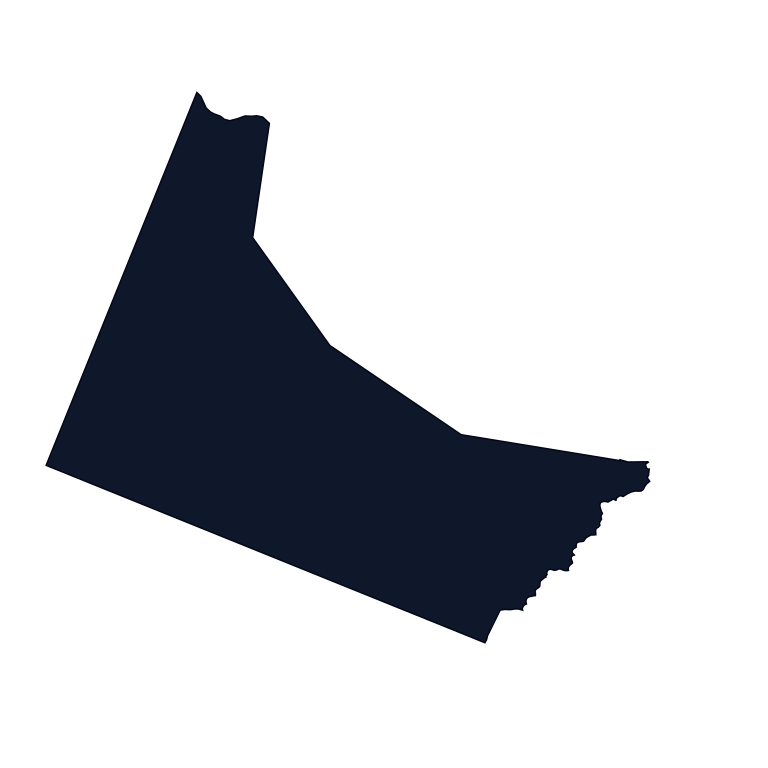 outline of Nsork, Wele-Nzás, Equatorial Guinea, rotated 112°
{"feature_id": "11065452B58050641555743", "entity_name": "Nsork", "entity_type": "district", "adm_level": 2, "iso_a3": "GNQ", "parent_name": "Equatorial Guinea", "parent_adm1": "Wele-Nzás", "projection": "albers", "projection_center": [11.202, 1.263], "detail": "fine", "context": "isolated", "style": "filled", "palette": "ink", "viewbox_px": 768, "rotation_deg": 112, "n_neighbors": 0, "source": "geoboundaries", "source_scale": "gbopen_adm2", "svg_char_len": 5631}
<svg xmlns="http://www.w3.org/2000/svg" viewBox="0 0 768 768"><g transform="rotate(112 384 384)"><path d="M185.3,587.9L181.9,596.5L183.0,602.5L185.4,607.2L187.5,613.2L193.2,619.6L197.7,625.7L198.4,631.0L197.0,635.9L197.2,642.5L196.8,646.8L194.7,652.3L185.9,661.6L183.8,666.7L586.0,666.8L586.1,193.5L585.9,193.5L582.9,193.1L578.5,193.7L550.1,191.6L547.7,187.4L546.6,184.1L545.5,181.6L543.6,178.4L542.9,176.7L542.2,174.9L541.8,170.8L541.7,170.9L541.7,171.0L541.4,171.2L541.0,171.4L540.9,171.4L540.8,171.5L540.2,171.7L539.9,171.7L539.7,171.7L538.7,171.7L538.3,171.7L537.5,171.5L537.4,171.5L537.3,171.4L536.3,171.1L535.6,170.6L534.6,169.5L534.0,170.0L533.7,170.2L533.4,170.4L532.0,171.1L531.5,171.2L531.1,171.3L529.8,171.3L529.5,171.2L529.1,171.2L528.3,170.9L528.0,170.6L527.7,170.4L527.0,169.8L526.9,169.7L526.2,168.9L526.2,168.7L525.8,168.0L525.4,167.5L525.4,167.4L525.0,166.9L524.5,166.1L524.4,166.0L524.3,165.9L523.8,164.9L523.5,164.4L523.4,164.4L522.4,164.7L521.8,165.0L521.3,165.4L521.2,165.4L521.2,165.5L520.2,166.0L519.8,166.1L519.5,166.2L519.0,166.3L518.8,166.3L518.6,166.3L518.1,166.2L517.8,166.1L517.5,166.1L517.0,165.9L516.8,165.8L516.7,165.7L516.4,165.5L516.0,165.2L515.8,165.1L515.7,165.0L515.5,164.9L515.0,164.5L514.4,164.2L513.6,163.9L513.2,163.9L512.4,164.0L510.9,164.6L510.7,164.6L510.4,164.7L510.0,164.9L509.7,164.9L509.4,165.0L508.8,165.1L508.4,165.0L508.0,165.0L507.3,164.7L507.1,164.6L506.3,164.2L505.5,163.7L504.9,163.5L504.8,163.4L504.2,163.2L503.9,163.0L503.7,162.8L503.2,162.3L503.0,162.1L502.8,161.9L502.6,161.6L502.2,161.7L502.1,161.8L501.9,161.8L501.4,161.9L501.2,161.9L500.8,161.8L500.4,161.8L500.2,161.7L499.9,161.5L499.7,161.4L499.2,161.8L498.8,162.1L498.3,162.3L498.2,162.3L497.7,162.5L497.3,162.5L497.0,162.6L496.2,162.5L496.0,162.4L495.8,162.4L495.3,162.3L494.5,161.8L494.1,161.4L493.9,161.0L493.6,160.7L493.4,159.9L493.3,159.7L493.1,158.8L493.1,158.6L493.1,158.4L493.1,157.3L493.0,156.8L492.9,156.2L492.7,155.8L492.3,155.2L491.8,154.4L491.5,154.0L490.7,153.4L490.4,153.1L490.2,152.9L489.8,152.2L489.7,151.9L489.5,151.6L489.4,151.1L489.4,150.9L489.4,147.8L489.2,146.4L488.8,145.1L488.4,144.2L488.2,143.8L488.1,143.7L487.7,143.1L486.6,143.9L486.3,143.9L486.1,144.1L485.6,144.2L484.7,144.3L484.3,144.2L483.9,144.2L483.5,144.1L483.1,144.0L482.6,143.8L482.2,143.7L481.9,143.5L481.3,143.2L480.9,143.0L480.6,142.8L480.3,142.7L479.9,142.4L479.6,142.2L479.0,142.4L478.8,142.5L478.5,142.6L477.8,143.2L477.3,143.8L477.2,143.9L476.7,144.4L476.5,144.5L476.4,144.6L475.8,145.0L474.9,145.4L474.3,145.4L473.9,145.3L473.5,145.3L473.1,145.2L472.8,145.0L472.5,144.8L472.1,144.5L471.9,144.2L471.7,144.0L471.4,143.5L471.3,143.4L470.8,144.3L470.7,144.8L470.5,145.2L470.3,145.5L470.2,145.7L470.2,145.8L469.9,146.2L469.2,146.7L469.1,146.8L468.8,146.9L467.8,147.0L467.3,147.0L467.2,146.9L466.7,146.8L466.5,146.7L466.3,146.7L465.9,146.5L465.6,146.3L465.3,146.1L465.1,145.9L464.8,145.6L463.7,145.0L463.1,144.6L462.8,144.9L462.0,145.3L461.1,145.5L460.9,145.6L460.0,145.7L459.5,145.7L458.5,145.3L458.2,145.0L458.0,144.8L457.8,144.7L457.3,144.1L456.9,143.4L456.8,143.2L456.6,142.9L456.3,142.3L456.3,142.2L456.2,142.1L456.1,141.8L455.6,141.1L455.2,140.6L455.1,140.3L454.9,140.1L453.8,139.7L453.2,139.6L452.4,139.5L452.3,139.4L452.1,139.4L451.5,139.2L451.0,139.0L450.7,138.8L450.3,138.7L449.9,138.3L449.8,138.2L449.7,138.2L449.4,137.9L449.1,137.7L448.9,137.5L448.6,137.3L448.3,137.1L448.1,136.9L447.9,136.8L447.7,136.5L447.4,136.3L447.3,136.2L447.2,136.1L446.8,135.7L446.4,135.3L446.3,135.1L446.2,135.0L446.0,134.7L446.0,134.4L445.8,134.2L445.7,133.7L445.5,133.1L445.3,132.7L444.6,131.7L444.5,131.4L444.4,131.1L444.2,131.2L444.1,131.3L443.3,131.6L442.8,131.8L442.7,131.9L442.3,132.1L441.5,132.5L441.3,132.6L441.1,132.7L440.3,133.0L440.1,133.0L439.6,133.1L439.4,133.1L439.1,133.1L438.1,132.8L437.5,132.5L437.3,132.3L437.1,132.2L436.8,131.9L436.5,131.6L436.3,131.7L435.4,131.3L435.2,131.2L434.6,130.9L434.3,130.9L434.1,130.9L433.9,131.0L433.0,131.7L432.8,131.8L432.5,132.0L432.1,132.1L431.9,132.1L431.6,132.2L431.3,132.2L430.9,132.2L430.6,132.1L430.4,132.1L430.1,132.0L428.0,131.7L427.8,131.7L427.7,131.8L426.4,132.7L425.8,133.0L425.6,133.1L425.4,133.2L425.0,133.3L424.7,133.3L424.4,133.4L424.1,133.4L423.9,133.3L423.6,133.3L423.3,133.2L423.1,133.2L422.4,132.9L422.2,133.1L421.8,133.4L421.5,133.7L421.3,134.0L421.2,134.1L420.9,134.5L420.6,134.8L420.4,134.9L420.3,135.1L419.5,135.8L419.4,135.8L419.0,136.1L418.5,136.5L417.5,137.3L417.4,137.3L416.1,138.2L415.8,138.3L415.6,138.4L415.0,138.6L414.8,138.6L414.5,138.7L413.8,138.8L412.8,138.6L412.2,138.2L411.5,137.6L410.5,136.0L410.4,135.8L410.3,135.7L410.1,135.1L410.1,134.9L409.8,133.8L409.6,132.2L409.4,131.9L409.1,131.7L407.5,130.5L407.0,130.0L406.6,129.5L406.0,129.3L405.5,129.3L405.1,129.0L404.9,128.5L404.8,128.1L404.8,127.9L405.0,125.5L404.8,125.3L403.7,125.6L403.3,125.7L402.8,125.6L402.5,125.5L402.3,125.4L402.1,125.4L399.7,123.8L399.3,123.4L399.2,123.3L399.0,122.8L398.9,122.3L398.7,120.1L397.5,119.3L394.5,117.1L394.4,117.0L391.8,114.6L391.5,114.3L389.3,111.4L389.2,111.2L389.1,110.9L388.3,108.7L387.5,106.7L386.7,105.3L384.6,104.1L383.3,104.0L381.0,103.8L380.8,103.8L380.6,103.7L378.3,103.1L378.0,103.0L377.9,102.9L375.8,101.8L374.7,101.2L374.2,101.9L372.9,103.9L372.5,104.4L372.1,104.7L371.6,104.8L371.1,104.8L370.9,104.8L369.8,104.5L363.5,106.2L363.8,106.9L364.0,107.5L363.9,108.1L363.8,108.6L363.4,109.1L361.8,110.7L361.4,110.9L361.1,111.1L360.5,111.2L360.0,111.2L359.6,111.0L359.3,110.9L357.6,109.6L357.3,110.3L364.9,128.5L365.8,136.7L366.6,136.2L402.1,293.5L368.6,448.6L297.5,560.6L223.6,578.6L185.3,587.9Z" fill="#0f172a" stroke="#020617" stroke-width="1.5"/></g></svg>